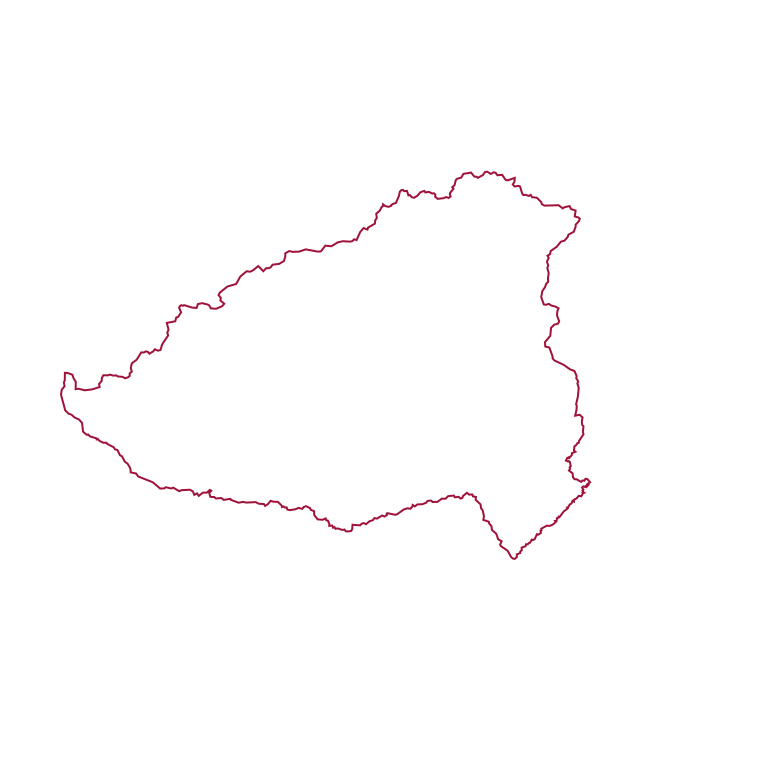 the district of Rioblanco, Tolima, Colombia, rotated 49°
{"feature_id": "7082276B59142300136045", "entity_name": "Rioblanco", "entity_type": "district", "adm_level": 2, "iso_a3": "COL", "parent_name": "Colombia", "parent_adm1": "Tolima", "projection": "mercator", "projection_center": [-75.868, 3.473], "detail": "fine", "context": "isolated", "style": "outline", "palette": "rose", "viewbox_px": 768, "rotation_deg": 49, "n_neighbors": 0, "source": "geoboundaries", "source_scale": "gbopen_adm2", "svg_char_len": 6165}
<svg xmlns="http://www.w3.org/2000/svg" viewBox="0 0 768 768"><g transform="rotate(49 384 384)"><path d="M166.2,617.5L171.8,622.5L172.9,624.7L176.1,626.5L176.9,631.0L180.2,634.8L194.8,641.9L199.5,641.5L202.3,639.9L206.0,639.6L210.6,637.5L215.3,637.4L222.5,642.4L226.2,641.9L227.6,641.5L228.0,640.4L230.7,640.2L236.5,636.6L237.4,637.2L238.0,636.0L240.1,636.1L244.2,634.4L246.2,632.0L247.8,632.1L254.4,629.5L256.7,629.9L259.0,628.5L264.5,630.0L266.7,629.2L272.5,630.6L275.8,629.8L281.0,630.7L284.6,633.1L288.9,629.8L292.5,630.2L306.4,623.0L316.1,621.5L318.6,618.3L318.7,616.4L323.4,613.0L323.9,611.1L330.5,608.9L331.4,606.3L336.5,599.8L339.7,598.7L343.2,599.9L343.8,596.9L346.9,597.2L347.2,591.9L349.7,589.1L349.7,584.9L351.2,584.4L351.6,587.4L355.3,589.1L357.9,586.3L360.1,586.0L363.3,581.6L366.3,581.0L370.0,575.2L371.1,575.5L378.2,571.6L380.7,567.5L383.0,565.9L389.0,558.3L392.3,557.0L395.8,553.4L398.0,553.7L398.5,550.4L397.8,546.2L400.4,544.6L403.3,541.4L408.6,541.0L410.0,541.7L410.6,540.1L412.3,539.8L413.3,538.4L415.3,539.3L417.2,538.1L420.4,533.1L421.4,529.8L424.6,527.6L424.2,525.4L425.0,523.0L429.3,521.2L430.9,521.8L434.2,520.2L437.1,522.6L442.6,522.9L446.3,519.3L447.2,516.2L449.0,517.0L450.3,516.0L453.6,516.9L455.1,518.4L456.9,515.9L459.1,516.7L459.5,515.3L461.5,515.6L462.5,513.8L466.9,511.1L467.9,509.3L469.9,509.5L471.6,508.1L473.4,505.1L472.7,503.3L469.6,500.1L475.0,494.8L474.8,492.6L475.6,490.6L478.0,489.6L478.1,484.7L479.5,482.0L478.9,479.2L481.0,477.6L482.0,471.7L484.4,470.6L484.8,467.8L483.6,467.0L483.7,466.2L490.2,461.2L490.9,459.7L491.7,451.3L493.4,447.5L495.4,446.1L495.2,443.2L494.1,441.7L496.6,441.0L496.8,437.8L499.9,433.9L501.3,430.0L500.8,427.8L502.8,425.0L505.0,424.7L508.0,421.0L508.5,415.5L511.0,412.8L510.7,409.2L514.0,404.5L516.0,404.9L518.1,401.7L520.8,401.3L521.4,399.6L520.4,398.0L520.5,392.8L523.4,392.3L525.3,389.8L527.2,390.6L529.5,388.7L531.5,390.8L538.3,390.1L541.4,392.3L543.9,392.3L549.5,395.4L551.7,398.2L556.8,395.2L557.8,396.0L561.9,396.2L564.9,398.3L570.6,397.5L576.1,399.7L579.9,398.4L581.3,401.6L582.8,402.2L590.9,400.1L598.0,401.6L600.4,401.2L601.8,400.0L601.7,397.2L599.7,395.6L600.9,392.2L599.8,391.0L599.9,389.2L597.8,387.5L599.3,383.6L598.1,382.0L599.3,380.8L599.0,379.1L599.6,378.0L598.4,374.4L599.4,374.1L600.0,372.2L597.7,367.1L598.8,366.7L599.4,363.4L597.4,362.1L597.8,361.2L596.4,360.2L597.7,354.2L600.0,351.7L600.9,348.4L600.8,344.9L599.7,344.7L600.6,343.7L598.8,341.5L599.3,341.0L598.7,339.3L599.6,339.0L598.1,332.0L598.4,327.1L597.4,326.9L597.9,326.1L596.8,322.9L597.2,320.9L595.9,318.5L597.4,317.8L595.9,316.6L596.7,313.9L596.2,310.3L598.2,308.8L596.9,305.4L597.3,304.5L596.0,305.1L595.7,304.2L594.8,304.2L594.7,302.9L592.1,302.5L592.1,300.5L593.7,299.8L593.2,297.1L594.5,298.0L594.3,295.6L593.2,294.9L593.4,292.9L589.1,292.9L587.7,294.1L588.5,296.2L587.1,297.3L587.2,299.4L582.4,301.1L580.8,302.7L578.3,302.5L575.2,300.3L570.6,301.2L570.1,299.1L568.6,298.5L568.5,296.9L564.8,294.9L563.4,295.1L563.3,295.9L561.1,296.9L560.0,294.0L561.4,292.9L560.6,292.2L561.2,291.0L560.7,288.6L559.5,287.5L560.7,284.0L558.9,284.3L556.0,281.2L556.2,278.9L555.5,276.9L556.1,275.6L554.9,274.1L552.8,266.4L550.6,265.3L546.8,261.2L544.8,261.2L542.2,259.4L539.5,256.1L535.6,256.5L533.3,260.5L529.8,255.7L526.8,252.7L525.4,252.4L520.9,246.2L514.8,239.7L510.3,237.6L509.7,235.8L505.7,235.1L504.4,233.4L499.1,231.7L495.2,233.9L487.2,235.9L477.9,240.0L475.3,239.9L473.6,238.6L465.0,235.3L461.5,237.7L458.0,235.0L456.7,226.8L451.2,221.1L450.9,216.7L452.6,213.1L451.7,210.7L445.7,208.4L442.8,205.4L441.4,202.6L437.9,203.9L434.6,206.2L431.6,207.1L430.4,209.9L428.8,211.2L421.5,208.3L417.8,203.6L416.5,198.9L414.7,195.6L414.6,193.0L411.8,191.0L408.4,186.9L403.5,184.6L402.5,182.4L398.5,180.7L396.9,177.0L394.4,176.4L395.0,173.7L393.0,170.9L393.8,163.5L392.6,157.3L394.2,153.8L393.5,148.7L392.3,146.9L393.6,140.9L390.9,136.0L389.5,134.9L388.9,129.9L387.6,127.7L386.0,128.0L382.7,130.1L378.8,125.6L374.6,128.1L371.5,127.2L369.0,131.7L368.7,133.9L363.7,134.9L354.6,145.9L351.7,146.9L350.0,146.0L343.8,146.4L340.1,149.7L337.5,149.2L337.1,151.3L334.1,153.0L332.8,154.9L330.8,154.7L324.3,151.8L322.9,152.3L320.5,155.9L317.9,155.9L317.0,152.9L314.2,150.1L311.6,156.8L309.9,158.3L303.7,157.6L300.8,161.5L297.8,161.2L296.2,162.3L295.5,165.6L291.5,166.8L290.3,168.6L291.2,172.3L290.0,177.9L288.3,178.2L286.8,179.7L281.5,179.6L277.5,186.3L278.9,190.2L277.1,194.1L277.2,196.0L280.3,200.5L280.2,203.4L282.3,203.5L283.1,208.6L283.9,209.8L286.2,210.8L285.9,213.3L283.8,214.3L282.8,217.2L279.5,222.0L276.1,222.5L274.8,221.0L272.9,221.2L271.7,222.7L268.4,224.1L266.6,227.1L264.7,226.9L263.2,230.7L263.8,235.6L263.2,239.1L261.2,240.5L258.4,240.5L257.7,241.8L253.4,240.0L251.6,242.3L250.2,242.3L249.1,243.6L249.2,245.8L252.0,249.6L255.2,256.3L254.0,258.9L253.7,260.9L254.2,261.9L253.3,264.3L250.6,266.3L247.8,266.8L249.0,268.0L248.9,269.8L250.4,273.3L250.4,278.2L254.0,280.5L254.7,283.2L257.0,285.7L255.5,293.4L256.6,295.2L252.9,297.1L253.7,302.3L257.4,310.3L255.2,311.6L255.4,314.2L254.2,316.3L249.3,321.3L246.8,325.8L245.5,333.4L241.1,337.5L242.5,344.6L240.8,347.0L231.0,354.8L228.5,361.1L224.3,366.3L221.5,368.3L220.6,372.8L223.0,374.8L225.5,378.8L224.6,384.2L220.8,389.9L221.6,392.6L221.0,395.0L219.3,397.0L219.7,401.1L212.5,401.5L212.3,408.2L211.4,411.4L208.8,413.7L208.6,421.8L211.5,430.0L207.7,438.2L207.3,447.9L208.3,450.5L212.1,450.7L213.6,452.7L218.6,451.9L219.1,455.1L217.1,461.3L213.3,465.1L210.2,464.4L208.6,464.8L203.8,468.1L201.6,471.9L203.6,475.6L200.5,478.6L193.4,483.1L193.0,484.5L191.5,485.3L191.3,487.3L192.2,488.7L196.8,490.1L198.3,495.2L197.5,497.1L199.7,500.4L195.4,507.8L201.7,511.0L203.1,513.9L205.7,515.0L208.6,525.5L211.7,530.4L210.5,532.8L207.4,534.2L208.0,536.7L207.2,541.2L204.9,541.1L203.1,542.4L202.7,544.5L200.9,546.5L203.4,554.6L203.0,560.9L205.9,564.7L209.2,566.2L209.2,569.0L211.0,570.6L211.1,572.5L209.8,575.7L207.1,576.6L203.8,579.8L201.8,580.5L200.0,582.9L197.1,584.7L196.3,586.8L193.3,590.0L194.2,592.7L196.5,595.2L197.0,599.0L199.7,600.6L196.7,607.6L192.5,613.9L187.1,617.7L185.6,620.1L180.0,615.1L176.3,614.6L172.5,613.1L168.1,615.6L166.2,617.5Z" fill="none" stroke="#9f1239" stroke-width="2"/></g></svg>